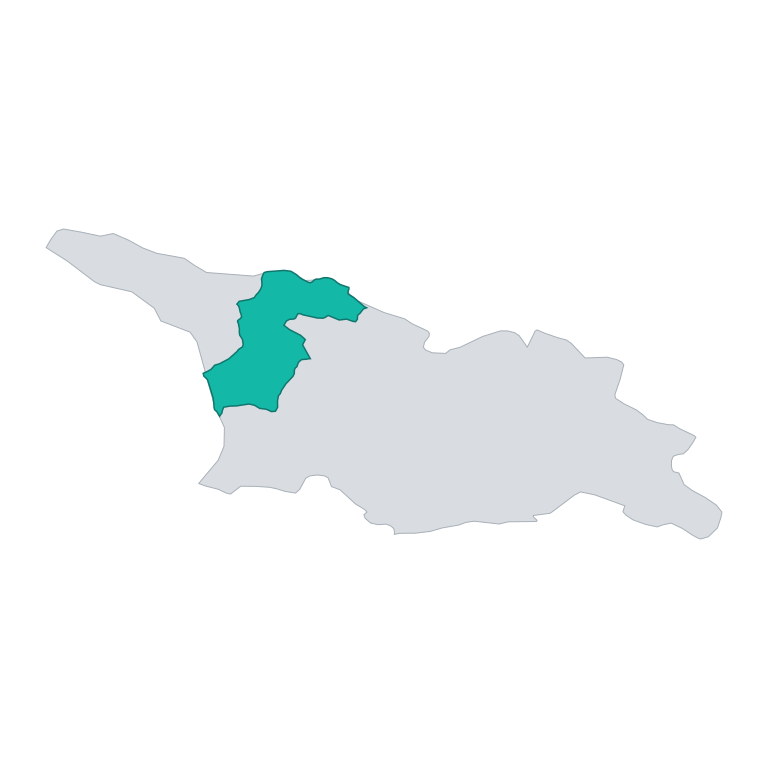 Samegrelo-Zemo Svaneti on a map of Georgia (Robinson projection)
{"feature_id": "GEO-3029", "entity_name": "Samegrelo-Zemo Svaneti", "entity_type": "Region", "adm_level": 1, "iso_a3": "GEO", "parent_name": "Georgia", "parent_adm1": "", "projection": "robinson", "projection_center": [42.261, 42.648], "detail": "fine", "context": "in_parent", "style": "filled", "palette": "teal", "viewbox_px": 768, "rotation_deg": 0, "n_neighbors": 0, "source": "natural_earth", "source_scale": "10m", "svg_char_len": 3847}
<svg xmlns="http://www.w3.org/2000/svg" viewBox="0 0 768 768"><path d="M394.3,534.4L394.5,532.0L393.7,528.4L390.5,525.8L386.1,524.1L378.0,524.7L370.5,523.0L365.2,518.3L363.9,514.8L367.0,512.0L364.7,509.6L355.4,503.9L340.1,489.8L331.5,486.6L328.1,477.8L324.6,475.9L317.4,475.0L309.7,475.9L308.1,476.9L305.7,478.3L299.7,489.4L295.5,493.1L285.2,491.4L276.7,488.8L269.7,487.3L256.2,486.4L240.8,486.2L230.4,494.1L226.0,493.0L218.1,489.2L205.4,486.0L198.7,483.5L218.2,460.2L224.0,446.3L224.2,438.0L224.4,427.4L214.4,405.5L205.9,374.3L197.0,341.9L190.1,332.2L160.9,321.0L154.3,308.3L131.8,291.8L100.4,284.7L94.3,281.6L67.2,261.0L46.1,247.6L50.7,239.6L56.9,231.1L63.5,229.0L82.7,232.4L100.3,236.2L113.3,233.5L128.6,240.2L142.6,247.9L156.7,253.3L184.3,258.3L194.5,265.4L206.5,272.5L253.6,276.1L257.4,275.0L260.8,274.0L276.6,271.4L290.6,271.9L305.3,280.5L314.8,280.0L324.8,278.7L337.8,283.2L348.0,288.3L348.9,293.5L357.9,301.0L383.9,312.5L405.0,319.0L411.6,323.5L427.7,331.1L429.4,333.4L429.0,336.5L424.5,342.2L423.4,347.2L425.6,350.0L432.2,352.8L445.5,353.4L450.2,349.8L460.0,347.3L469.8,342.6L482.8,336.4L500.4,330.9L507.5,330.9L514.4,332.6L519.2,335.7L527.3,347.2L535.1,331.1L537.1,329.9L544.5,333.1L557.4,337.6L566.4,340.0L571.2,343.3L585.1,358.0L607.1,357.2L616.5,359.5L621.5,361.9L623.8,364.8L620.1,379.4L614.9,394.6L615.4,398.2L624.3,404.0L636.5,410.0L643.0,414.9L647.5,419.3L657.1,422.6L668.4,424.7L673.7,424.9L679.4,428.6L694.0,435.5L695.9,437.2L693.5,441.6L687.9,449.7L683.3,453.8L678.2,454.5L673.2,456.3L671.5,460.6L671.4,466.2L672.3,470.2L673.7,471.7L678.9,473.0L684.2,484.7L692.4,490.6L705.0,497.4L716.3,505.0L721.9,512.1L721.0,517.2L717.5,527.9L708.4,536.7L700.7,539.0L697.9,538.1L692.8,535.3L682.4,528.5L671.2,523.1L662.7,524.9L657.2,526.9L646.0,524.5L632.9,519.8L626.0,515.2L622.9,511.8L624.8,505.8L594.9,494.9L580.6,491.9L574.2,495.2L552.5,511.6L549.9,513.3L533.3,515.5L533.3,516.8L537.1,520.4L536.4,521.5L508.4,521.8L499.1,524.0L474.1,521.2L465.9,522.4L458.9,525.0L441.9,528.0L430.2,531.4L415.2,533.2L399.6,533.3L394.3,534.4Z" fill="#d9dde1" stroke="#a8b0b8" stroke-width="1"/><path d="M284.9,270.5L291.0,271.3L296.7,274.8L299.3,277.2L302.2,279.2L308.3,282.3L310.3,282.7L311.7,282.2L314.4,279.9L316.1,279.1L319.3,279.1L323.9,277.7L327.9,277.8L331.8,278.8L334.6,280.4L337.4,282.8L340.3,284.6L348.9,287.5L348.9,289.1L348.2,291.2L347.9,293.2L348.8,294.5L353.8,297.6L364.6,306.8L366.6,307.8L363.3,309.0L359.9,313.4L357.6,315.3L357.4,319.2L355.6,321.7L352.8,321.3L346.6,319.1L339.2,320.0L328.3,315.5L327.0,316.1L325.8,317.1L323.1,318.2L317.2,318.0L302.9,314.8L300.4,313.7L297.9,313.7L296.7,315.8L295.6,318.0L294.5,318.8L293.3,319.1L289.6,319.3L286.4,321.0L283.9,325.3L289.5,329.6L300.7,335.4L305.3,339.6L302.6,344.8L310.3,358.7L308.4,358.8L306.5,359.2L301.5,359.6L298.4,362.4L296.9,366.7L295.4,367.9L294.4,369.9L294.3,373.5L292.9,376.4L285.9,383.8L281.5,390.4L280.3,393.6L278.5,395.7L277.5,400.8L277.6,407.4L275.5,411.2L271.5,411.6L266.2,409.2L259.7,408.4L254.6,405.3L249.0,404.0L236.5,405.9L230.0,406.1L223.7,407.2L222.3,410.7L221.9,413.1L221.3,413.7L219.6,416.3L216.6,411.4L215.5,410.6L214.5,409.5L214.0,407.2L213.8,403.0L213.0,397.4L207.7,380.4L207.3,379.6L206.6,378.7L203.9,376.2L203.6,375.3L203.2,373.3L203.7,373.1L206.1,372.0L207.3,371.5L211.1,369.3L213.3,366.8L214.7,365.2L219.7,363.7L220.0,363.5L228.7,358.9L236.6,351.9L236.8,351.8L238.4,349.6L240.5,348.1L242.3,347.1L243.2,344.8L242.9,342.5L242.5,339.5L239.7,335.1L239.3,332.0L239.4,328.8L238.3,323.1L237.6,322.0L237.7,320.7L238.8,319.6L240.0,318.9L241.6,317.0L241.1,314.3L240.2,312.1L240.1,311.6L239.5,308.7L238.7,306.1L236.9,304.1L238.5,302.2L239.3,301.3L249.0,299.6L254.3,297.6L256.2,294.8L258.5,292.4L260.5,289.4L261.9,285.9L261.9,282.4L261.5,278.9L262.6,275.7L264.0,272.7L264.6,272.4L267.1,271.7L284.1,270.4L284.9,270.5Z" fill="#14b8a6" stroke="#0f766e" stroke-width="1.5"/></svg>